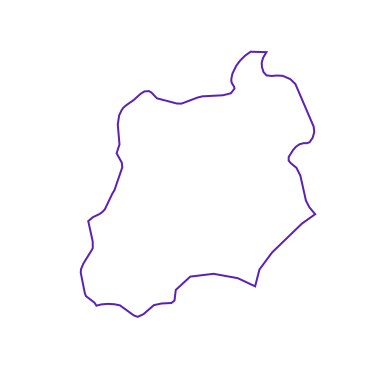 an SVG outline of Lucca, rotated 248°
{"feature_id": "ITA-5383", "entity_name": "Lucca", "entity_type": "Province", "adm_level": 1, "iso_a3": "ITA", "parent_name": "Italy", "parent_adm1": "", "projection": "mercator", "projection_center": [10.483, 44.019], "detail": "fine", "context": "isolated", "style": "outline", "palette": "violet", "viewbox_px": 384, "rotation_deg": 248, "n_neighbors": 0, "source": "natural_earth", "source_scale": "10m", "svg_char_len": 1314}
<svg xmlns="http://www.w3.org/2000/svg" viewBox="0 0 384 384"><g transform="rotate(248 192 192)"><path d="M125.3,297.9L121.5,282.0L106.0,243.7L94.9,225.5L80.9,215.2L95.0,202.1L108.1,181.3L114.2,158.7L107.3,140.3L97.9,135.1L96.8,131.3L100.0,122.1L101.4,114.3L96.9,101.2L96.6,94.9L99.4,91.8L113.9,82.7L117.0,78.0L119.8,72.1L121.7,66.0L122.4,60.8L126.0,60.1L135.1,54.7L138.2,54.7L158.8,58.6L161.9,60.1L166.4,64.5L176.1,77.8L177.2,79.0L183.3,81.4L203.9,84.9L205.8,90.8L206.2,97.7L206.6,99.6L207.1,101.5L207.8,103.1L208.6,104.7L220.3,117.5L223.0,121.0L241.0,136.6L245.5,137.9L256.1,136.6L263.3,142.6L282.5,148.5L290.4,153.2L294.3,157.5L295.9,160.0L297.0,163.2L299.2,172.6L302.3,181.1L303.1,185.5L301.7,189.8L299.7,191.5L292.0,194.6L279.7,211.1L277.9,215.3L277.5,232.4L276.8,237.5L270.1,256.9L269.0,265.0L271.9,270.1L273.8,270.5L277.7,269.8L279.7,269.9L282.1,270.8L286.7,273.9L292.6,280.5L295.9,286.0L298.5,292.2L300.1,298.9L293.8,313.4L289.8,308.2L286.0,305.2L281.8,303.7L276.5,303.2L272.2,304.8L269.8,309.2L268.1,314.6L265.8,319.5L259.9,325.4L253.5,328.3L207.0,329.3L201.8,327.8L197.2,324.3L194.1,319.7L194.2,316.8L195.4,314.0L196.0,309.7L195.0,305.2L193.1,301.5L188.3,294.8L184.9,293.4L181.9,294.3L175.3,297.9L166.6,298.6L141.3,294.4L133.8,295.1L125.3,297.9Z" fill="none" stroke="#5b21b6" stroke-width="2"/></g></svg>